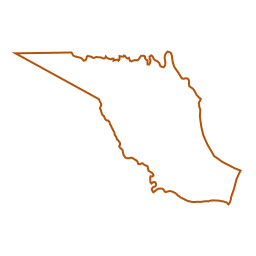 the district of Salvaterra, Pará, Brazil
{"feature_id": "56859067B73547527408791", "entity_name": "Salvaterra", "entity_type": "district", "adm_level": 2, "iso_a3": "BRA", "parent_name": "Brazil", "parent_adm1": "Pará", "projection": "robinson", "projection_center": [-48.631, -0.813], "detail": "fine", "context": "isolated", "style": "outline", "palette": "amber", "viewbox_px": 256, "rotation_deg": 0, "n_neighbors": 0, "source": "geoboundaries", "source_scale": "gbopen_adm2", "svg_char_len": 3149}
<svg xmlns="http://www.w3.org/2000/svg" viewBox="0 0 256 256"><path d="M228.4,204.4L229.3,203.3L230.2,201.4L230.8,199.6L230.9,198.0L232.0,194.5L233.7,189.8L235.4,183.8L235.6,182.4L236.7,178.7L237.4,177.2L238.0,175.9L239.1,173.4L240.6,170.6L234.8,168.3L222.2,161.8L214.1,156.0L207.2,144.1L203.3,135.2L201.3,126.7L201.0,124.6L199.9,116.4L200.3,109.8L199.7,108.0L199.1,106.1L199.2,104.8L198.8,103.4L199.2,101.9L200.1,100.6L200.8,98.9L198.7,97.2L196.5,94.7L194.7,91.3L193.5,89.4L192.2,88.2L190.4,87.0L189.2,85.9L188.9,83.1L189.0,81.0L188.5,79.4L187.6,78.5L185.4,78.3L183.7,78.8L181.8,78.4L180.5,76.4L178.5,72.9L176.7,70.4L174.2,66.7L172.7,61.8L172.1,58.0L171.8,55.2L170.8,52.9L169.6,52.2L167.6,51.6L166.2,53.1L165.2,54.7L164.7,56.8L164.6,58.2L165.1,60.6L165.3,62.5L165.3,64.0L164.9,65.7L163.6,67.2L162.1,66.9L160.4,66.1L159.8,64.7L159.4,63.3L158.3,62.1L157.0,61.1L155.1,60.3L154.0,59.3L152.5,56.3L151.2,55.4L149.6,56.6L149.6,58.7L150.4,59.8L150.4,61.8L149.8,63.4L148.9,64.6L147.5,64.4L147.4,62.8L147.7,60.6L146.2,59.8L145.1,58.4L145.0,56.6L144.0,55.9L142.5,55.7L141.0,55.9L138.5,59.5L137.4,60.4L136.0,60.1L134.4,60.2L132.7,60.7L131.4,61.4L129.9,60.8L129.4,59.1L128.9,57.8L127.6,58.5L126.3,57.7L125.1,56.1L124.0,55.6L123.3,56.7L121.2,56.5L119.5,56.1L119.5,57.9L119.4,59.7L118.5,60.7L117.7,59.7L116.5,59.8L115.1,60.1L113.5,60.7L113.5,58.6L112.3,58.6L111.2,59.3L109.5,59.0L107.9,58.4L106.8,57.5L105.8,56.5L105.3,57.8L104.1,58.5L102.5,58.2L101.3,57.5L99.5,57.3L98.3,57.3L96.7,57.0L95.5,57.3L94.1,57.9L92.9,57.8L91.8,57.0L90.6,56.5L88.9,56.2L87.7,55.9L86.7,56.9L86.5,58.6L85.2,60.4L83.7,60.7L81.6,58.3L80.1,57.6L78.3,57.3L76.8,56.8L75.3,56.5L73.4,55.7L72.5,54.2L71.6,52.5L31.7,53.1L15.4,53.3L18.7,55.1L99.0,99.2L99.4,100.5L100.2,102.0L100.8,103.2L101.3,105.0L100.5,106.8L100.0,108.7L100.8,110.0L101.8,113.7L102.6,115.1L103.7,116.0L104.4,117.1L104.9,118.6L105.7,119.7L106.9,120.5L108.2,120.5L109.5,122.0L109.7,123.3L110.2,124.5L111.0,125.7L111.8,127.8L112.7,129.1L113.1,130.4L113.9,131.5L114.5,132.7L114.6,134.6L115.5,136.0L116.4,137.2L116.9,139.3L118.2,140.4L120.1,143.1L120.0,144.8L119.2,146.1L119.7,147.4L122.4,149.8L122.8,151.3L123.1,153.4L123.9,155.5L125.0,157.1L126.3,158.1L128.9,158.3L130.6,157.7L132.1,157.8L133.9,158.9L135.3,159.8L136.7,160.6L137.6,162.0L138.3,164.1L140.0,164.2L141.3,163.4L142.7,163.4L144.0,164.6L145.6,165.5L147.4,166.1L147.9,167.6L148.0,169.1L148.5,170.7L149.8,171.6L151.8,172.7L153.1,174.1L153.5,175.6L152.3,176.4L150.5,176.3L150.2,178.2L150.3,180.3L150.5,182.4L151.5,183.5L152.8,182.3L154.6,181.9L155.5,182.7L156.0,184.1L155.8,185.7L154.7,186.7L153.5,186.9L152.3,188.1L151.7,189.6L153.3,192.3L155.3,190.9L156.4,189.7L159.3,188.5L162.3,188.7L163.9,190.0L164.8,191.7L166.1,192.0L167.6,191.5L169.1,191.2L170.7,191.1L172.5,191.7L175.4,193.1L176.7,194.2L177.7,195.4L179.2,196.3L180.7,197.5L182.0,198.1L183.6,198.9L186.0,200.2L188.9,201.3L190.5,201.5L191.7,201.9L193.3,202.0L194.7,202.0L197.3,201.8L198.8,201.8L200.2,201.9L201.7,201.8L203.5,201.4L206.6,201.2L208.4,201.4L210.3,200.6L213.8,200.4L215.3,200.5L216.9,200.5L218.8,200.6L222.1,201.3L223.4,201.4L226.7,202.5L228.4,204.4Z" fill="none" stroke="#b45309" stroke-width="2"/></svg>